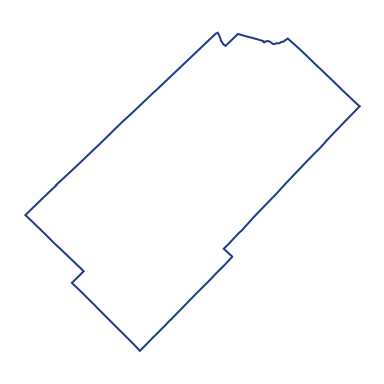 outline of Balaceanu, Buzau, Romania, rotated 181°
{"feature_id": "2599482B52608933480598", "entity_name": "Balaceanu", "entity_type": "district", "adm_level": 2, "iso_a3": "ROU", "parent_name": "Romania", "parent_adm1": "Buzau", "projection": "albers", "projection_center": [27.123, 45.25], "detail": "fine", "context": "isolated", "style": "outline", "palette": "blue", "viewbox_px": 384, "rotation_deg": 181, "n_neighbors": 0, "source": "geoboundaries", "source_scale": "gbopen_adm2", "svg_char_len": 2641}
<svg xmlns="http://www.w3.org/2000/svg" viewBox="0 0 384 384"><g transform="rotate(181 192 192)"><path d="M149.0,350.8L150.8,348.9L154.6,345.1L160.3,339.4L161.0,338.7L162.8,340.0L163.7,340.6L163.8,340.9L164.2,341.9L164.8,342.8L165.3,343.2L165.7,343.6L165.7,344.3L166.6,346.8L168.2,350.3L169.0,351.7L171.2,350.6L202.2,320.1L202.3,320.0L231.0,291.8L231.6,291.4L249.1,274.1L253.0,270.3L263.8,260.0L283.8,239.7L294.6,229.1L306.5,217.3L313.2,210.8L318.6,205.6L327.9,196.7L327.7,196.3L329.9,194.3L341.3,183.1L341.4,182.9L343.6,180.7L343.9,180.4L346.4,177.9L358.2,166.0L352.4,160.7L338.4,147.7L329.1,138.6L323.8,133.9L311.1,122.2L298.9,110.9L304.8,104.8L307.4,102.2L309.3,100.2L310.5,99.1L310.1,98.6L304.1,93.1L300.6,89.9L291.1,80.7L287.6,77.4L282.8,72.6L280.8,70.7L276.7,66.7L268.4,58.7L263.9,54.4L262.0,52.5L261.5,52.1L260.0,50.7L256.6,47.4L249.9,40.9L248.4,39.5L245.9,37.0L244.4,35.5L242.7,33.7L241.4,32.3L241.0,32.7L240.9,32.8L240.7,32.9L239.4,34.3L235.0,38.9L233.1,40.9L228.1,46.2L225.0,49.3L222.0,52.4L221.9,52.6L218.0,56.6L216.2,58.4L213.6,61.4L209.7,65.3L208.9,66.2L206.9,68.3L205.6,69.7L203.4,72.0L194.1,81.9L189.8,86.5L189.6,86.7L186.3,90.2L182.8,93.8L177.3,99.5L176.2,100.6L175.1,101.7L174.1,102.8L173.0,103.9L170.5,106.6L169.3,107.9L168.1,109.3L166.4,111.1L165.9,111.7L165.1,112.4L164.3,113.3L157.5,120.3L154.4,123.7L153.9,124.2L153.5,124.8L151.1,127.4L150.8,127.8L150.7,128.1L151.9,129.3L153.2,130.4L155.0,132.0L156.7,133.5L159.3,135.8L153.9,141.3L150.7,144.9L146.1,150.0L143.7,152.5L142.7,153.4L141.9,154.1L140.9,155.2L136.5,160.3L131.4,166.0L131.0,166.7L120.8,177.7L113.6,185.3L107.0,192.4L104.9,194.8L103.6,196.3L99.5,200.9L98.2,202.5L95.5,205.3L90.3,211.1L86.1,215.6L78.2,224.2L76.4,226.1L71.3,231.5L67.9,235.1L66.3,236.6L63.5,239.6L63.3,239.8L61.6,241.8L59.0,244.9L58.9,245.1L58.7,245.3L58.6,245.5L57.6,246.6L56.8,247.4L55.7,248.6L54.9,249.5L54.4,250.1L54.0,250.5L52.3,252.3L51.9,252.7L51.5,253.3L51.0,253.8L49.7,255.2L49.5,255.3L49.2,255.7L48.8,256.2L47.0,258.0L44.1,261.2L39.4,266.2L36.3,269.5L31.4,274.7L28.9,277.4L28.1,278.2L26.2,280.3L25.8,280.6L26.4,281.1L26.9,281.4L27.5,282.0L28.3,282.6L32.8,286.7L34.2,288.0L35.6,289.3L38.8,292.2L43.1,296.1L51.6,304.1L56.7,308.9L59.3,311.2L62.6,314.3L62.9,314.7L68.0,319.2L70.9,321.9L71.9,322.8L77.8,328.4L88.2,337.9L98.9,347.1L100.6,345.8L102.0,345.1L102.9,344.1L103.4,343.8L104.3,343.8L105.5,343.5L106.6,342.6L107.6,342.2L109.9,342.2L112.6,341.3L113.6,341.4L116.8,343.7L119.2,344.3L120.4,344.0L122.4,342.8L123.0,343.2L122.8,343.8L123.9,344.3L128.8,345.7L133.8,347.0L138.2,348.0L142.5,349.1L146.5,350.2L148.2,350.6L149.0,350.8Z" fill="none" stroke="#1e3a8a" stroke-width="2"/></g></svg>